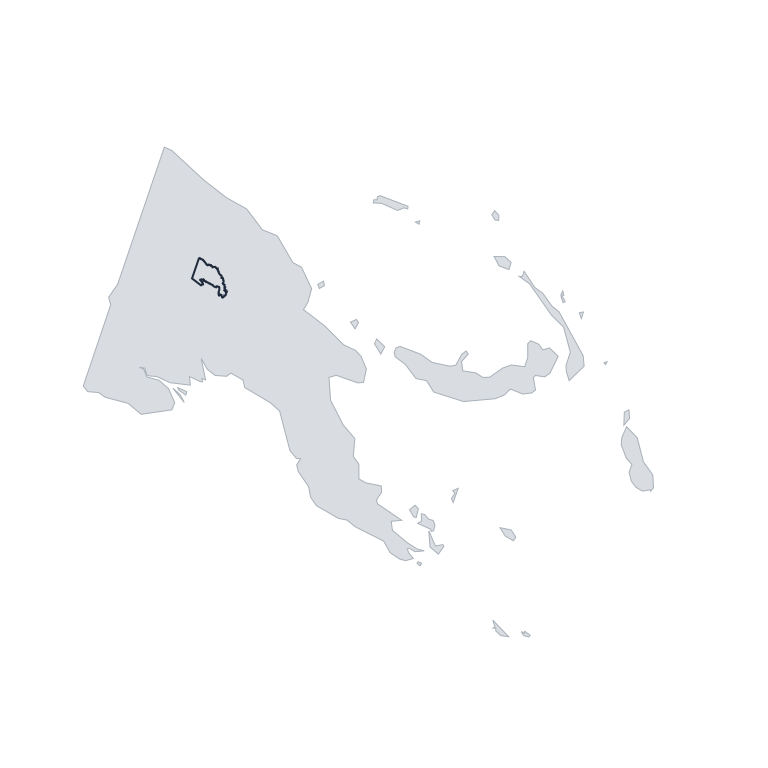 Lagaip/Pogera District, Enga, Papua New Guinea shown in context, rotated 19°
{"feature_id": "67681753B66216026756118", "entity_name": "Lagaip/Pogera District", "entity_type": "district", "adm_level": 2, "iso_a3": "PNG", "parent_name": "Papua New Guinea", "parent_adm1": "Enga", "projection": "orthographic", "projection_center": [143.276, -5.41], "detail": "fine", "context": "in_parent", "style": "outline", "palette": "slate", "viewbox_px": 768, "rotation_deg": 19, "n_neighbors": 0, "source": "geoboundaries", "source_scale": "gbopen_adm2", "svg_char_len": 8372}
<svg xmlns="http://www.w3.org/2000/svg" viewBox="0 0 768 768"><g transform="rotate(19 384 384)"><path d="M100.3,483.8L99.8,398.1L95.4,391.7L99.7,376.4L99.2,231.6L107.4,232.3L147.1,249.8L174.0,259.0L197.3,263.3L218.9,277.8L234.8,278.6L258.3,298.9L267.9,300.4L284.5,317.4L285.5,331.2L283.6,339.9L308.9,348.3L333.1,360.1L346.3,361.5L353.6,365.6L362.5,375.7L364.1,389.2L358.8,391.5L336.2,391.3L329.8,395.6L338.7,416.7L358.9,436.1L374.2,445.1L378.6,462.6L386.3,468.0L391.2,481.9L399.1,483.4L414.6,481.3L417.0,487.1L414.6,495.9L416.8,499.4L445.1,507.1L435.5,511.5L439.6,519.6L458.0,526.6L469.4,529.3L476.4,528.6L468.2,532.4L461.0,531.2L459.7,532.4L462.6,535.8L468.5,539.4L462.1,543.9L456.0,544.5L444.6,541.4L434.8,532.6L403.9,528.5L393.2,524.7L384.7,525.9L359.6,521.0L351.5,514.9L346.1,505.6L331.3,494.5L327.8,489.0L329.4,481.8L325.3,482.8L316.7,477.5L294.1,443.5L282.5,438.7L253.5,432.7L249.3,426.1L235.7,423.6L232.7,427.9L221.6,430.9L212.2,427.7L202.9,419.4L213.9,438.2L210.0,438.1L211.8,441.0L209.7,441.5L197.6,440.3L201.3,448.1L181.4,452.4L166.6,450.9L159.5,452.8L156.5,452.6L152.7,446.8L147.3,447.9L151.8,448.0L157.6,454.6L170.0,453.7L182.0,458.7L192.2,469.8L191.8,477.5L164.3,491.7L148.3,485.6L125.0,487.3L116.8,485.0L106.4,487.7L100.3,483.8ZM517.4,296.0L523.0,300.0L528.7,296.0L539.7,301.2L537.4,319.8L533.7,324.9L524.4,326.6L523.2,329.4L529.2,340.4L526.6,344.3L518.5,348.3L505.1,347.6L501.4,355.1L494.0,361.7L464.9,374.7L433.5,375.4L423.2,367.0L412.4,368.4L397.9,358.6L385.7,354.6L383.3,350.8L383.6,346.0L387.0,343.2L408.8,343.9L422.5,347.9L440.7,345.7L445.8,342.8L447.8,330.9L450.8,326.0L453.9,328.3L450.0,337.5L454.2,345.9L467.1,343.6L475.3,345.6L481.7,343.2L490.9,330.4L498.2,324.6L511.4,321.8L511.3,312.2L506.8,299.1L508.7,295.3L517.4,296.0ZM672.6,394.5L670.9,398.7L670.0,397.4L663.4,401.1L656.0,399.7L649.5,395.4L644.5,387.7L644.5,379.2L637.3,375.3L628.1,364.3L626.3,357.2L627.3,345.4L641.0,352.5L654.6,373.1L667.8,382.5L672.6,394.5ZM567.4,302.0L558.0,320.5L552.3,312.8L550.1,307.4L549.8,293.2L535.2,271.7L520.0,264.4L489.0,241.9L476.7,238.2L479.8,237.3L479.8,231.8L495.1,243.6L504.6,246.5L517.3,255.6L525.9,258.7L563.1,292.4L567.4,302.0ZM319.2,207.2L348.9,208.2L349.4,210.7L345.5,210.9L340.4,215.4L322.7,214.0L314.9,216.3L314.4,213.1L317.3,212.2L316.9,208.9L319.2,207.2ZM465.0,494.1L470.2,497.3L474.8,497.0L478.1,500.7L478.6,506.7L476.6,508.0L475.4,506.1L461.2,504.8L464.1,501.4L461.5,494.6L465.0,494.1ZM464.9,235.1L454.4,234.9L446.6,227.6L456.9,224.3L464.6,227.7L464.9,235.1ZM485.3,520.4L492.0,516.7L493.5,518.0L490.8,527.2L480.6,523.1L474.1,508.2L485.3,520.4ZM540.5,482.1L551.7,480.6L557.0,484.7L558.5,486.2L557.4,490.1L548.1,488.3L540.5,482.1ZM563.8,571.9L584.2,582.3L576.4,583.9L570.0,581.0L569.3,578.5L566.6,579.3L568.0,577.6L563.8,571.9ZM371.3,356.8L361.9,349.0L362.5,343.8L372.5,348.5L371.3,356.8ZM457.9,499.7L455.1,499.9L449.1,494.5L452.9,488.5L457.1,490.8L457.9,499.7ZM624.2,344.9L620.4,332.4L624.0,328.7L627.4,336.7L624.2,344.9ZM338.7,341.3L332.2,336.4L337.0,331.9L339.9,334.3L338.7,341.3ZM439.2,191.9L435.6,192.8L430.8,188.7L432.2,184.1L437.7,187.2L439.2,191.9ZM295.6,310.4L291.7,314.8L289.0,311.4L293.4,306.4L295.6,310.4ZM488.1,458.5L488.0,473.4L485.1,470.4L486.6,464.2L483.7,462.5L488.1,458.5ZM194.7,460.4L201.1,466.5L185.7,456.7L194.7,460.4ZM200.2,459.0L191.8,456.5L190.1,454.5L200.0,455.5L200.2,459.0ZM604.0,574.0L603.3,576.1L597.9,576.4L594.4,573.3L597.9,574.1L597.4,572.0L604.0,574.0ZM549.1,251.0L549.3,257.9L545.5,253.0L549.1,251.0ZM528.5,247.0L526.9,248.8L523.0,243.9L523.8,243.0L528.5,247.0ZM477.9,541.3L477.3,544.3L473.6,542.8L474.2,540.9L477.9,541.3ZM525.2,241.6L522.2,242.4L522.7,237.7L525.2,241.6ZM364.7,218.1L365.1,221.5L360.9,220.7L364.7,218.1ZM587.7,290.3L587.2,293.5L585.0,292.4L587.7,290.3Z" fill="#d9dde1" stroke="#a8b0b8" stroke-width="1"/><path d="M168.1,325.6L168.1,346.7L178.9,350.3L179.0,350.2L179.0,349.8L179.1,349.7L179.4,349.5L179.6,349.4L180.1,349.0L180.5,348.8L180.5,348.7L180.4,348.5L180.3,348.4L180.3,348.2L180.2,348.0L179.4,347.7L179.1,347.5L179.0,347.4L178.8,346.9L178.5,346.7L178.0,346.5L177.8,346.3L177.7,346.3L177.6,346.2L177.4,345.8L176.4,345.6L176.2,345.5L176.2,345.4L176.3,345.2L176.5,345.2L176.9,345.1L177.1,345.0L177.2,344.9L177.3,344.7L177.4,344.4L177.5,344.3L177.8,344.4L178.0,344.5L178.7,344.4L178.9,344.3L179.0,344.2L179.3,343.8L179.7,343.9L179.8,344.1L179.9,344.3L179.9,345.2L180.0,345.3L180.5,345.3L181.0,345.1L181.3,345.0L181.6,345.0L181.8,344.8L182.0,344.8L182.3,345.0L182.5,345.3L182.6,345.5L182.8,345.4L183.2,345.2L183.4,345.3L183.9,345.4L184.2,345.6L184.4,345.5L184.6,345.4L185.2,345.5L185.5,345.5L186.2,346.0L186.3,345.9L186.5,345.7L186.9,345.6L187.2,345.8L187.3,345.8L187.7,345.9L187.9,346.1L188.2,346.2L188.5,346.3L189.0,346.1L189.4,346.1L189.6,346.2L190.0,346.2L190.2,346.4L190.6,346.7L190.9,347.1L193.8,347.3L194.0,346.8L194.0,346.7L193.9,346.4L193.9,346.2L194.1,346.2L194.8,345.9L194.9,346.0L195.2,346.0L195.4,346.1L195.8,346.1L196.1,345.9L196.5,345.9L196.6,346.1L196.9,346.4L197.0,346.6L197.1,347.0L197.2,347.4L197.2,347.5L197.3,347.8L197.6,348.3L197.6,348.5L197.6,349.1L197.7,349.4L197.6,349.9L197.6,350.1L197.6,350.3L197.7,350.7L197.7,351.0L197.8,351.0L198.2,351.5L198.3,352.1L198.2,352.3L198.2,352.5L198.4,352.5L198.5,352.6L198.8,352.9L198.8,353.5L199.0,354.0L199.3,354.1L199.5,353.9L199.8,353.5L199.8,353.4L199.8,353.1L199.9,352.8L200.1,352.7L200.4,352.6L200.6,352.6L200.8,352.6L201.0,352.7L201.3,352.7L201.4,352.8L201.6,353.2L201.7,353.6L201.8,353.7L202.1,353.7L202.2,353.8L202.2,354.0L202.3,354.2L202.6,354.7L202.7,354.8L202.9,354.9L203.1,354.9L203.2,354.6L203.6,354.5L203.7,354.4L204.0,353.9L204.1,353.3L204.2,353.1L204.5,352.9L204.5,352.7L204.4,352.5L204.6,352.5L204.7,352.4L204.9,352.1L205.0,352.1L205.3,351.8L205.4,351.3L205.4,351.1L205.3,350.8L205.2,350.5L205.1,350.2L205.0,349.9L205.0,349.6L205.1,349.4L205.1,349.2L205.4,348.6L205.4,348.4L205.3,348.1L205.3,347.9L205.3,347.7L205.0,347.8L204.9,347.9L204.7,347.8L204.5,347.7L204.4,347.6L204.4,347.8L204.3,348.0L204.2,348.1L204.2,348.3L204.0,348.1L204.0,347.9L203.9,347.9L203.4,347.8L203.1,347.8L202.9,347.6L202.7,347.5L202.8,347.4L202.7,347.2L202.8,347.0L203.0,346.8L202.9,346.8L202.8,346.7L202.6,346.4L202.4,346.1L202.4,345.9L202.2,345.9L202.1,345.7L202.0,345.4L202.1,345.2L202.2,344.9L201.9,344.9L201.7,344.7L201.7,344.4L201.8,344.4L202.0,344.4L202.3,344.1L202.2,343.9L201.9,343.8L201.6,343.8L201.4,343.6L201.1,343.0L201.1,342.7L201.0,342.1L200.8,342.1L200.6,342.1L200.2,342.2L199.9,342.2L199.5,342.0L199.4,341.3L198.8,341.3L198.8,341.0L199.1,339.7L198.8,338.7L198.2,338.4L198.1,338.2L198.0,337.8L198.0,337.5L198.0,337.4L197.7,337.1L197.5,336.7L197.3,336.7L195.7,336.6L195.7,336.4L195.9,336.1L195.7,336.1L195.7,335.9L195.6,335.7L195.4,335.3L195.4,335.1L195.4,334.8L195.2,334.7L194.6,334.3L194.4,334.2L194.1,334.2L193.7,334.1L193.1,333.9L192.9,333.8L192.7,333.7L192.5,333.4L192.5,333.2L192.2,333.0L191.9,332.9L191.4,332.5L191.3,332.3L191.3,332.2L191.0,331.9L190.9,331.8L191.0,331.6L191.0,331.4L190.7,331.3L190.6,331.1L190.3,331.0L190.3,330.9L190.2,330.8L190.1,330.7L189.9,330.5L189.8,330.4L189.7,330.2L189.6,329.9L189.5,330.1L189.3,330.1L189.1,330.0L189.0,329.8L188.8,329.8L188.7,329.7L188.4,329.2L188.3,329.3L188.2,329.3L188.0,329.2L187.9,329.1L187.7,329.1L187.5,328.8L187.4,328.7L187.2,328.7L186.8,328.6L186.7,328.6L186.4,328.5L186.4,328.3L186.1,328.2L185.9,328.3L185.8,328.5L185.7,328.5L185.4,328.6L185.1,328.6L184.9,328.8L184.7,328.9L184.6,329.0L184.4,329.1L184.2,329.1L184.0,329.3L183.9,329.4L183.7,329.1L183.4,329.0L183.3,328.7L183.2,328.6L182.9,328.7L182.7,328.7L182.4,328.7L182.2,328.7L182.2,328.4L182.0,328.1L181.9,328.0L181.8,327.9L181.6,328.0L181.2,328.2L180.9,328.3L180.7,328.3L180.6,328.2L180.4,328.1L180.1,328.3L179.7,328.1L179.4,328.2L179.2,328.2L179.1,328.3L179.1,328.6L179.0,328.8L178.9,328.8L178.9,329.0L178.7,329.2L178.1,329.1L177.8,329.0L177.7,328.9L177.5,328.7L177.4,328.7L177.0,328.7L176.9,328.6L176.8,328.4L176.7,328.4L176.3,328.0L175.9,327.6L175.5,327.5L175.3,327.3L175.1,327.3L174.9,327.0L174.7,326.9L174.3,326.8L174.2,326.6L173.9,326.6L173.6,326.3L173.5,326.1L173.3,326.0L173.2,326.0L173.1,325.9L172.7,325.7L172.5,325.9L172.4,325.9L172.3,325.7L172.1,325.6L172.0,325.4L171.2,325.3L170.8,325.4L170.6,325.4L170.3,325.3L170.1,325.4L170.1,325.5L169.9,325.5L169.6,325.2L169.3,325.1L169.2,325.0L168.9,325.1L168.7,325.0L168.4,325.4L168.4,325.5L168.1,325.6Z" fill="none" stroke="#1e293b" stroke-width="2"/></g></svg>